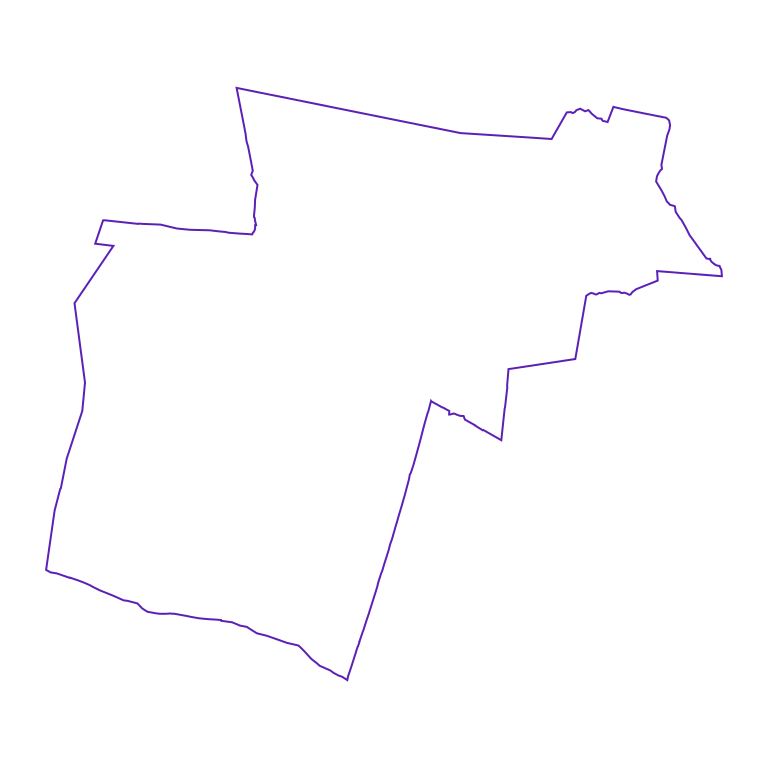 outline of Santo Domingo Ingenio, Oaxaca, Mexico
{"feature_id": "50627088B8466826145591", "entity_name": "Santo Domingo Ingenio", "entity_type": "district", "adm_level": 2, "iso_a3": "MEX", "parent_name": "Mexico", "parent_adm1": "Oaxaca", "projection": "albers", "projection_center": [-94.713, 16.571], "detail": "fine", "context": "isolated", "style": "outline", "palette": "violet", "viewbox_px": 768, "rotation_deg": 0, "n_neighbors": 0, "source": "geoboundaries", "source_scale": "gbopen_adm2", "svg_char_len": 3525}
<svg xmlns="http://www.w3.org/2000/svg" viewBox="0 0 768 768"><path d="M662.0,169.0L661.4,164.8L667.2,135.6L669.4,129.6L670.1,125.2L669.1,120.4L668.7,120.0L666.3,117.8L645.6,113.7L622.7,109.1L613.4,106.9L607.6,122.0L607.4,121.9L602.8,120.9L602.1,120.0L601.5,118.7L598.3,118.4L597.3,118.3L591.8,113.8L589.7,111.4L588.4,110.1L585.1,111.3L580.2,108.7L576.4,110.2L574.8,112.1L572.7,113.1L570.9,112.1L566.8,112.4L551.6,139.0L526.2,137.3L460.6,133.1L260.8,92.8L236.6,87.9L244.6,128.6L245.0,131.0L245.5,133.3L246.3,139.7L246.6,141.6L248.2,147.0L249.4,153.2L252.8,170.8L252.3,172.0L251.2,174.9L253.4,178.4L253.6,179.4L257.5,184.9L255.2,199.2L255.1,199.4L254.8,207.4L254.0,215.6L254.1,217.3L254.5,217.6L254.8,218.3L254.9,220.0L256.1,225.1L255.1,225.2L255.2,227.0L254.8,229.9L253.7,232.0L252.9,232.6L252.5,233.9L252.2,234.4L248.1,234.1L247.3,234.0L247.1,234.0L239.7,233.6L228.3,232.7L225.8,232.0L220.2,231.5L209.7,230.3L190.2,229.8L176.8,228.5L160.6,224.6L142.8,223.9L138.8,223.6L138.3,223.9L104.9,220.3L103.1,220.3L95.2,243.7L113.4,245.9L74.5,303.2L84.8,381.1L85.0,382.6L82.3,410.9L66.7,458.7L60.8,488.5L60.2,489.0L54.6,510.6L46.1,569.9L50.6,572.4L56.8,573.4L69.8,577.9L69.9,577.6L78.1,580.4L82.4,582.0L86.3,583.6L89.7,585.1L92.9,586.9L99.7,590.3L113.4,595.8L123.5,600.3L127.8,600.9L137.4,603.4L137.5,603.5L142.1,608.3L144.6,610.0L147.6,611.8L155.9,613.3L159.8,613.8L165.5,613.8L170.7,613.5L171.7,613.7L174.8,613.8L188.9,616.4L189.0,616.5L192.2,617.1L198.5,618.2L202.1,618.6L207.6,619.1L210.5,619.3L212.1,619.4L214.4,619.5L221.1,620.0L221.2,620.8L232.2,622.3L240.0,625.6L246.9,626.9L248.6,628.1L256.9,633.3L266.6,635.7L286.3,642.6L286.7,642.8L298.4,645.5L300.6,647.5L304.1,651.0L311.3,658.9L316.8,663.2L319.7,665.8L330.4,670.5L333.6,672.9L338.5,675.5L342.2,676.8L347.3,680.1L348.1,676.2L351.0,667.7L356.1,651.7L356.1,651.3L357.7,646.7L357.9,646.5L358.2,645.7L359.5,641.9L359.3,641.6L359.5,641.4L361.1,636.6L363.0,631.1L363.2,630.8L366.6,620.1L368.8,613.7L369.0,612.9L369.3,612.1L369.8,610.3L369.9,610.1L373.0,600.3L373.1,600.0L376.3,589.8L377.7,585.0L377.7,584.4L378.0,583.4L378.4,582.4L378.3,582.2L380.0,577.1L381.0,573.8L381.3,573.0L381.9,571.7L382.2,571.0L384.0,564.8L388.7,550.0L388.8,549.5L390.1,544.4L392.1,538.8L393.9,532.4L394.0,532.1L395.1,528.2L396.2,524.3L396.4,524.0L398.3,517.2L402.1,504.5L403.1,500.9L404.5,496.1L409.0,479.2L409.8,474.5L410.7,473.2L413.2,465.8L415.8,456.6L419.0,445.0L420.8,438.2L422.5,431.7L422.7,430.8L424.6,423.6L427.6,413.0L428.1,412.1L430.8,401.9L431.0,401.6L431.1,401.0L431.4,401.4L442.2,407.4L442.7,407.4L449.3,411.0L449.1,414.5L450.1,414.5L453.9,413.5L455.6,414.1L456.5,414.6L460.3,415.9L463.6,416.0L464.9,419.6L475.1,425.3L475.0,425.5L482.8,430.3L483.3,430.0L483.5,430.1L501.3,440.2L503.2,422.3L504.6,409.1L504.7,408.4L505.0,407.5L507.3,387.5L507.1,385.8L508.5,369.1L575.3,359.0L586.3,295.7L590.1,293.3L591.2,293.0L593.9,293.6L594.7,294.2L596.3,294.5L599.4,292.9L601.2,293.3L608.3,291.3L619.6,291.7L620.9,292.9L622.2,293.0L624.4,292.7L627.3,293.7L629.1,294.8L630.7,294.4L631.6,293.0L632.8,291.7L636.2,289.2L645.6,285.4L657.7,280.6L657.1,271.1L721.3,276.2L721.9,276.2L721.4,270.0L720.3,267.8L719.5,266.0L719.5,265.9L717.4,265.6L715.4,264.9L714.5,264.0L714.0,263.9L711.7,261.9L710.4,260.2L710.2,258.8L708.3,258.9L706.4,258.4L689.5,235.0L685.9,227.8L681.6,220.1L679.7,218.0L675.7,211.9L675.2,208.6L674.9,206.5L674.6,206.1L670.0,204.8L668.5,203.0L666.9,201.6L664.7,196.5L661.4,190.2L656.1,181.5L657.0,176.2L658.6,173.1L660.3,170.5L662.0,169.0Z" fill="none" stroke="#5b21b6" stroke-width="2"/></svg>